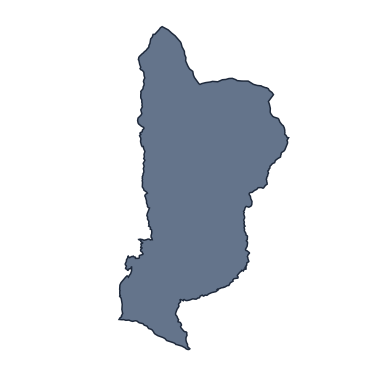 Portovelo, El Oro, Ecuador (Albers equal-area conic projection), rotated 283°
{"feature_id": "8360857B9604201024636", "entity_name": "Portovelo", "entity_type": "district", "adm_level": 2, "iso_a3": "ECU", "parent_name": "Ecuador", "parent_adm1": "El Oro", "projection": "albers", "projection_center": [-79.532, -3.74], "detail": "fine", "context": "isolated", "style": "filled", "palette": "slate", "viewbox_px": 384, "rotation_deg": 283, "n_neighbors": 0, "source": "geoboundaries", "source_scale": "gbopen_adm2", "svg_char_len": 6057}
<svg xmlns="http://www.w3.org/2000/svg" viewBox="0 0 384 384"><g transform="rotate(283 192 192)"><path d="M151.5,257.9L154.9,257.6L155.7,257.3L156.3,256.2L156.9,255.9L158.0,256.6L161.4,256.0L161.7,255.7L162.2,254.4L163.9,253.7L166.0,251.7L167.5,251.6L169.2,250.7L169.9,250.8L170.7,251.4L171.6,250.2L172.5,250.2L172.9,249.7L174.4,249.8L176.3,248.6L178.4,249.1L179.5,248.9L182.3,247.2L183.7,247.5L184.7,246.6L186.0,247.2L188.6,247.3L190.0,247.9L190.2,248.4L190.0,250.7L190.2,251.1L191.5,252.6L193.0,253.1L196.3,252.6L198.8,250.7L201.1,249.8L202.0,248.6L202.9,248.1L203.4,248.1L204.0,248.3L204.6,249.0L205.2,250.7L207.6,252.6L209.1,254.5L211.1,255.5L211.9,258.5L211.7,260.2L212.0,260.8L215.0,262.1L216.5,263.5L217.9,263.1L218.6,262.6L219.7,262.3L221.2,261.5L222.4,261.7L223.0,261.5L224.7,262.1L225.9,261.9L227.7,262.3L229.1,261.3L229.7,261.2L230.9,262.0L232.0,261.9L232.7,262.5L234.7,262.2L236.0,263.1L237.0,263.5L238.3,264.6L239.1,265.9L241.2,266.1L241.8,266.4L244.0,268.2L245.9,270.3L246.2,270.4L247.5,270.2L248.6,270.4L249.5,270.1L250.1,270.2L251.2,270.9L252.5,272.3L254.0,273.0L261.0,274.1L262.2,273.9L263.7,272.9L266.6,273.9L266.5,272.5L268.4,270.8L268.9,269.6L269.2,269.3L270.7,269.2L272.0,268.7L273.1,268.5L275.2,267.5L277.1,266.0L277.8,264.5L279.8,262.0L282.5,260.1L283.1,259.1L283.4,255.2L283.9,253.5L286.3,250.9L287.5,250.2L291.1,249.5L295.0,247.6L297.4,246.1L305.2,249.5L307.0,247.5L308.3,244.5L309.8,243.1L310.3,241.3L310.2,239.9L310.6,236.7L311.0,235.5L310.5,231.7L310.7,227.7L312.7,221.8L311.3,215.5L310.7,210.9L311.3,209.4L311.8,205.7L310.9,202.5L309.3,199.7L308.2,196.3L305.2,192.3L304.4,187.1L303.3,185.1L301.7,180.8L299.7,176.9L298.6,175.6L299.1,174.3L304.1,168.6L306.2,167.1L309.7,165.6L311.4,161.9L313.7,159.7L318.3,156.3L321.7,155.8L324.4,153.8L327.4,152.9L331.2,149.6L334.3,148.0L335.5,147.1L340.4,140.4L342.4,136.2L344.6,132.4L346.4,125.7L344.9,124.3L342.9,123.5L337.3,120.3L336.8,118.6L334.2,118.5L331.8,117.3L327.1,117.6L325.3,117.1L323.5,117.3L322.9,117.2L322.1,116.5L319.6,115.4L317.8,113.9L316.4,113.3L316.0,112.7L312.3,110.3L311.2,109.9L308.8,110.0L308.4,110.6L304.6,112.3L302.4,113.8L301.8,114.0L300.5,113.6L299.7,114.5L299.3,116.3L297.9,118.1L294.7,119.1L292.6,120.3L292.0,120.3L290.8,119.9L289.1,119.8L288.6,119.9L286.8,121.0L285.2,121.2L283.6,120.8L281.5,121.0L278.7,119.6L278.2,119.5L277.1,120.1L275.8,120.1L272.9,120.7L271.9,121.1L270.4,122.4L268.1,122.9L267.1,123.5L264.9,123.8L263.8,124.5L260.5,123.6L257.3,125.4L256.6,125.4L255.2,124.9L251.9,122.8L249.5,122.9L247.2,123.9L246.3,124.7L244.7,127.9L244.1,130.3L243.4,130.8L242.8,130.8L241.3,129.8L239.5,129.9L238.1,128.2L237.3,128.2L236.9,128.9L236.4,129.2L235.8,128.5L235.1,128.2L233.1,129.9L231.9,130.3L230.0,130.4L229.1,130.7L225.9,132.4L225.0,133.3L225.4,134.3L223.3,135.2L221.0,137.0L217.7,136.8L215.4,137.7L213.6,137.4L212.7,138.7L212.2,139.0L208.9,138.0L206.3,139.6L203.8,139.3L202.1,140.2L200.5,140.6L198.7,140.2L197.7,140.5L195.6,140.1L195.2,140.4L194.2,140.4L193.1,141.0L191.8,140.9L190.4,141.6L185.8,142.4L184.1,144.2L183.0,144.7L181.6,148.0L180.9,148.8L179.1,147.2L178.0,146.9L177.4,147.0L176.8,147.6L173.1,149.7L171.0,150.2L169.1,151.6L167.8,151.9L167.0,152.9L166.8,154.2L161.0,153.3L158.8,153.3L157.6,154.4L155.6,154.7L153.7,156.6L151.3,156.9L150.3,157.7L149.0,157.4L148.4,159.3L148.1,159.5L146.4,159.7L146.4,160.4L146.0,161.1L144.4,161.7L142.2,162.1L140.6,161.9L138.8,162.3L138.0,163.3L136.6,164.0L136.5,163.2L135.9,162.2L136.4,161.0L136.3,159.8L135.2,158.2L134.1,155.9L134.5,154.7L134.4,152.1L133.8,150.8L133.4,151.3L133.6,152.9L133.2,153.2L132.3,153.2L131.3,155.4L130.8,155.3L130.4,154.2L129.7,153.9L128.5,154.8L126.4,154.5L126.1,154.8L126.3,155.8L126.0,155.9L124.3,155.0L123.5,155.0L122.9,155.4L122.3,156.9L121.5,157.4L121.0,158.1L120.1,158.1L118.4,155.2L118.0,155.0L116.0,155.5L115.3,154.7L114.6,152.0L114.8,151.7L115.4,151.7L115.7,151.5L115.8,149.9L116.3,149.1L115.7,148.6L115.5,147.6L114.0,146.1L114.1,145.5L115.2,144.3L114.8,144.0L113.1,144.1L111.3,143.4L109.6,143.7L106.9,143.1L106.1,143.4L105.4,144.6L104.8,144.8L103.0,144.4L102.4,144.5L102.1,145.9L101.3,146.7L101.3,147.3L103.1,148.1L103.5,149.5L106.0,149.9L101.5,150.9L98.3,150.5L96.9,149.8L94.7,149.2L95.3,148.5L95.7,147.6L94.1,146.5L87.6,143.2L85.1,142.7L80.9,143.4L80.1,143.7L79.9,144.0L78.9,144.0L76.2,144.6L75.0,145.5L74.6,145.4L74.5,144.9L74.2,144.9L72.5,146.9L66.8,149.3L61.8,150.1L57.9,151.8L55.6,151.1L54.7,151.4L53.1,150.1L51.4,149.6L51.8,152.6L52.3,154.1L52.1,156.4L53.0,159.4L52.6,161.6L52.6,163.3L53.8,165.7L53.9,167.2L52.7,169.9L52.7,173.8L51.5,175.4L51.2,178.3L49.2,180.5L49.1,182.7L48.7,184.1L47.3,185.8L45.8,187.1L45.3,188.0L44.3,191.1L43.7,196.4L43.1,198.6L41.6,200.7L41.0,207.9L40.6,209.5L39.8,210.6L39.9,211.4L39.6,216.7L38.6,220.4L37.9,221.5L37.6,223.2L37.8,224.3L38.3,224.9L38.7,225.2L40.3,222.6L40.8,222.3L42.6,221.9L44.2,220.5L46.4,219.4L48.8,218.9L51.4,219.4L52.4,218.8L53.8,218.6L54.3,218.0L54.3,216.1L54.7,215.2L57.4,211.6L58.3,211.1L59.8,211.7L60.7,211.4L62.2,210.0L62.4,209.1L62.4,207.6L63.1,207.4L64.5,207.7L65.7,206.5L67.5,205.3L68.6,203.8L69.2,203.5L70.2,203.3L74.3,203.8L77.4,204.9L78.0,204.9L79.4,204.2L80.2,204.2L82.4,205.6L84.2,204.6L84.7,205.1L84.1,208.0L85.2,208.1L85.5,208.5L84.9,210.0L85.0,211.4L86.2,214.0L88.1,216.8L88.3,219.2L88.7,220.5L89.8,221.3L90.5,222.9L91.0,223.2L92.4,223.4L93.8,225.1L93.7,225.6L93.2,226.2L93.2,226.8L94.5,228.0L94.6,229.4L95.1,230.3L96.1,230.8L98.4,233.8L100.3,237.7L102.5,239.5L102.7,239.4L102.7,238.5L103.1,238.7L103.9,240.4L105.4,242.4L105.8,243.8L106.4,244.3L106.6,245.2L108.7,247.4L109.2,248.9L112.2,249.8L114.4,252.1L115.3,251.5L117.0,252.4L118.4,256.0L119.5,256.1L120.5,255.0L121.3,255.0L124.6,256.7L126.0,257.9L126.8,257.9L126.9,258.5L126.6,259.8L128.5,260.2L128.9,261.9L129.5,261.9L129.9,261.0L130.4,260.7L130.9,260.9L131.1,261.6L132.0,261.2L133.0,261.8L133.5,261.6L135.6,261.5L136.6,262.8L137.2,263.0L139.5,261.5L140.5,261.2L141.4,260.5L141.8,260.5L143.7,260.8L145.1,261.7L145.5,261.7L145.8,261.5L147.1,258.8L147.2,257.8L147.6,257.3L148.3,257.0L151.5,257.9Z" fill="#64748b" stroke="#1e293b" stroke-width="1.5"/></g></svg>